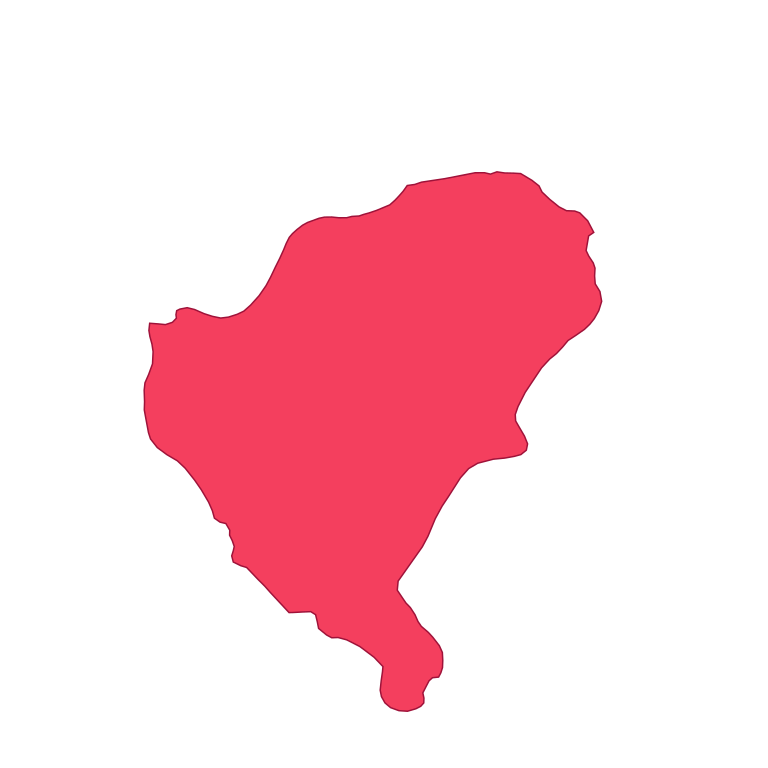 Ndolou, Ngounié, Gabon, rotated 37°
{"feature_id": "22940354B46648613640917", "entity_name": "Ndolou", "entity_type": "district", "adm_level": 2, "iso_a3": "GAB", "parent_name": "Gabon", "parent_adm1": "Ngounié", "projection": "mercator", "projection_center": [10.279, -1.522], "detail": "fine", "context": "isolated", "style": "filled", "palette": "rose", "viewbox_px": 768, "rotation_deg": 37, "n_neighbors": 0, "source": "geoboundaries", "source_scale": "gbopen_adm2", "svg_char_len": 2402}
<svg xmlns="http://www.w3.org/2000/svg" viewBox="0 0 768 768"><g transform="rotate(37 384 384)"><path d="M604.0,585.2L603.2,580.4L601.4,575.3L597.3,569.4L592.2,563.3L585.7,559.7L575.4,556.9L568.9,555.7L559.6,555.1L554.0,553.2L547.6,549.6L539.6,546.7L533.3,545.7L527.4,543.7L518.7,540.7L513.9,532.9L512.6,491.0L510.7,479.0L506.0,460.7L503.9,446.6L503.2,434.9L501.5,413.0L502.5,400.6L506.5,390.9L516.6,378.2L525.0,370.5L531.6,363.4L535.8,358.0L537.5,351.2L534.7,345.4L527.6,341.1L518.7,337.4L511.4,334.3L507.2,329.4L504.6,321.4L501.8,305.7L500.1,276.3L501.3,264.3L503.4,255.9L504.4,246.7L504.8,238.5L507.9,229.8L511.2,219.7L512.4,212.4L512.6,205.3L511.4,196.2L508.1,187.0L500.8,180.2L492.4,176.9L487.2,171.0L482.8,164.5L478.3,161.4L470.5,158.6L465.1,155.8L458.3,142.6L460.3,136.7L448.5,131.1L437.4,129.5L432.2,131.1L425.4,135.8L417.2,137.2L405.2,136.8L394.7,135.6L388.6,132.5L379.6,132.3L366.5,133.7L360.8,137.5L353.3,142.9L346.5,146.6L342.7,152.3L337.1,154.8L329.6,160.5L308.9,183.5L292.5,200.2L288.5,206.1L283.1,211.5L283.3,218.8L282.8,225.0L282.2,230.5L280.8,237.5L273.6,249.8L269.1,256.4L265.7,260.8L263.0,264.8L257.5,269.5L254.1,273.7L247.9,278.4L241.8,282.1L236.0,286.6L232.4,290.7L225.8,300.9L223.4,306.2L221.6,312.8L220.4,319.0L220.1,323.9L221.3,330.5L223.1,337.3L225.1,346.3L226.9,356.1L229.1,366.8L230.6,376.4L231.1,388.6L230.0,401.3L228.2,410.2L224.8,416.7L219.5,424.2L213.9,429.6L206.3,433.2L198.0,436.1L187.9,438.5L180.9,441.5L175.9,447.0L174.3,450.2L176.1,453.8L178.6,456.4L177.9,462.1L173.7,468.1L167.8,471.7L160.3,476.5L164.0,482.7L168.5,487.0L174.7,491.8L180.1,497.1L187.0,507.2L190.3,518.0L192.4,526.9L196.2,533.3L203.4,542.2L208.2,549.0L213.5,553.9L225.2,564.6L230.6,568.4L241.2,571.2L253.0,571.1L265.2,569.7L275.9,570.9L290.5,574.7L301.7,578.4L315.0,583.9L323.2,588.5L329.3,593.2L336.2,593.0L341.7,590.6L348.8,593.6L351.7,597.7L357.2,600.5L362.2,603.9L364.0,607.9L365.8,612.9L370.8,616.9L379.0,615.3L384.7,613.2L401.1,615.9L410.4,617.2L418.7,618.9L445.7,623.7L448.3,621.7L455.9,615.3L462.5,609.9L468.2,609.4L473.9,614.1L478.9,618.6L489.2,619.0L495.0,618.1L499.9,614.1L508.1,610.8L522.7,608.2L540.5,608.2L553.2,610.3L556.0,614.8L560.3,622.6L565.2,630.8L570.1,635.2L576.7,638.1L584.0,638.5L592.5,635.9L599.7,631.2L604.9,624.2L607.3,619.3L607.7,614.8L604.9,610.8L600.9,607.3L599.7,600.5L598.6,593.9L599.5,589.4L604.0,585.2Z" fill="#f43f5e" stroke="#9f1239" stroke-width="1.5"/></g></svg>